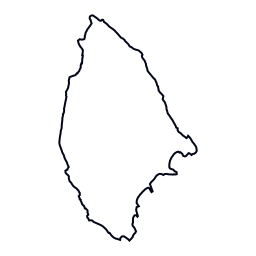 outline of La Digue, La Digue and Inner Islands, Seychelles
{"feature_id": "34574756B18865708954128", "entity_name": "La Digue", "entity_type": "district", "adm_level": 2, "iso_a3": "SYC", "parent_name": "Seychelles", "parent_adm1": "La Digue and Inner Islands", "projection": "robinson", "projection_center": [55.838, -4.36], "detail": "fine", "context": "isolated", "style": "outline", "palette": "ink", "viewbox_px": 256, "rotation_deg": 0, "n_neighbors": 0, "source": "geoboundaries", "source_scale": "gbopen_adm2", "svg_char_len": 4509}
<svg xmlns="http://www.w3.org/2000/svg" viewBox="0 0 256 256"><path d="M99.3,20.4L97.7,18.9L97.0,18.3L95.5,17.2L94.3,16.4L93.3,15.6L92.6,15.5L92.1,15.4L91.3,15.6L90.7,15.9L90.3,16.2L89.9,16.7L89.6,18.0L90.0,19.2L90.6,20.0L90.7,20.6L90.9,21.6L91.3,22.6L91.6,23.5L90.6,24.9L90.1,25.8L89.3,26.7L88.4,28.1L87.6,29.0L86.8,30.6L86.1,31.8L85.5,33.1L85.4,34.3L85.2,35.0L84.7,35.9L84.9,37.2L84.6,38.0L84.3,39.1L83.4,39.4L82.1,39.6L80.8,39.5L79.7,39.2L79.1,39.8L78.0,40.6L78.1,41.5L78.6,43.1L79.0,44.4L79.8,45.6L80.1,46.4L81.1,47.5L82.0,48.8L82.9,50.1L82.8,51.0L82.7,51.4L82.8,51.9L82.7,52.7L82.5,53.6L82.3,54.6L82.2,55.2L82.8,55.3L82.8,55.8L82.8,56.0L82.7,56.8L82.5,57.4L82.5,57.6L82.4,57.8L82.3,58.0L82.4,58.5L82.3,58.8L82.2,60.1L82.1,62.3L82.0,63.4L81.4,63.3L80.7,65.4L80.7,67.4L80.6,68.0L80.0,69.0L79.9,69.1L79.3,70.8L78.6,71.7L77.8,72.7L77.5,73.3L77.1,73.1L76.1,74.2L75.6,75.0L75.4,75.1L74.3,75.5L72.9,75.9L71.4,76.4L69.6,77.2L68.8,80.5L69.0,83.4L68.3,86.5L68.2,87.7L65.9,92.1L66.2,94.0L66.0,95.7L66.5,96.6L64.9,104.4L64.5,106.8L64.0,108.7L64.2,110.7L63.7,113.1L63.0,113.9L63.1,115.2L62.8,116.2L62.3,118.4L62.4,119.7L62.3,120.3L62.1,121.9L61.8,124.5L61.7,126.4L61.7,127.3L61.5,128.8L60.8,130.7L60.7,132.0L60.6,133.2L59.9,136.8L59.6,139.8L59.3,142.4L59.5,144.2L60.2,146.4L61.6,150.2L62.3,152.5L63.6,154.7L64.2,156.5L64.5,157.8L65.6,160.1L66.8,162.2L67.4,164.0L67.8,165.2L68.2,166.0L68.7,167.1L67.7,168.5L67.3,169.8L66.4,170.1L65.4,170.7L65.5,172.5L66.1,173.5L66.8,174.1L68.0,175.2L68.8,176.3L68.9,178.7L69.3,180.1L69.7,181.4L71.1,182.6L72.0,184.2L73.4,186.2L75.2,187.6L76.7,188.6L77.5,189.7L78.4,190.4L79.0,191.9L79.8,192.9L79.7,194.0L79.8,195.1L78.7,196.2L79.0,197.1L79.7,198.2L79.7,199.1L80.6,199.7L80.4,200.1L81.1,201.5L81.6,202.4L81.9,203.6L82.4,204.4L83.0,205.2L83.8,205.7L84.4,206.8L84.7,207.9L84.8,208.4L85.7,208.5L86.5,209.3L87.3,210.1L87.6,210.7L87.5,212.4L88.3,214.7L87.1,215.8L87.3,217.5L88.3,218.5L89.1,220.4L90.3,220.3L91.9,220.4L93.8,222.0L96.8,223.3L98.9,224.2L101.4,225.4L103.3,226.7L104.9,228.2L105.8,229.0L106.8,230.3L107.9,232.0L108.6,232.9L109.5,232.8L111.1,235.0L112.1,236.1L113.8,237.6L116.0,238.7L117.5,238.9L118.6,239.4L120.1,239.9L120.4,238.0L121.8,236.5L123.8,236.3L125.3,237.2L128.5,239.5L129.4,240.6L130.9,239.1L132.7,237.0L133.0,235.7L134.0,234.1L135.4,232.7L136.0,231.3L135.2,229.6L134.5,228.0L133.6,226.8L132.7,225.8L132.4,224.1L133.0,222.6L132.9,220.7L133.1,218.0L133.8,216.4L134.6,215.4L136.3,215.2L137.4,216.7L137.9,216.1L137.1,213.7L136.5,211.3L136.1,210.0L136.7,207.0L138.8,206.3L136.6,203.0L136.8,201.0L136.8,200.3L137.3,199.1L138.0,197.3L139.1,196.1L139.9,194.8L141.2,193.4L142.9,191.5L144.2,190.3L145.3,189.2L146.6,188.4L148.1,187.7L149.1,188.0L151.5,192.1L152.6,191.4L149.9,184.0L150.0,183.9L151.0,182.4L152.2,181.1L153.6,179.8L154.7,178.4L155.8,176.6L156.8,175.4L159.2,173.9L161.4,174.0L163.5,175.0L164.5,174.1L165.6,173.9L166.9,174.0L169.3,174.4L170.8,174.4L173.1,174.6L173.5,174.3L175.1,174.5L176.7,174.2L176.6,172.2L174.6,171.2L173.4,169.8L172.8,169.5L171.7,169.2L170.1,168.5L169.4,167.5L169.3,165.2L169.5,163.3L170.0,160.8L171.2,158.1L172.5,156.2L173.8,154.3L175.2,153.0L176.9,152.0L178.7,151.7L179.4,152.6L180.4,152.2L182.3,153.9L183.4,156.0L184.8,156.4L185.9,156.1L187.9,153.9L188.8,153.1L190.6,154.1L191.5,155.0L192.7,154.0L194.5,153.6L196.0,152.3L196.7,150.9L196.4,147.8L195.9,146.5L194.8,145.0L194.0,143.7L192.5,142.0L191.4,140.0L189.9,137.6L188.1,135.8L187.3,137.5L186.4,138.1L185.4,137.2L182.8,135.4L180.7,133.2L178.7,132.0L177.6,130.2L177.7,128.3L176.2,127.6L175.9,126.5L174.9,124.4L173.9,122.8L172.4,120.0L171.1,118.2L169.6,116.0L168.7,114.5L167.9,113.9L167.2,111.2L166.5,109.1L166.4,106.8L165.8,105.0L164.8,102.2L163.5,100.6L162.7,99.2L163.4,96.1L161.9,94.3L160.4,92.8L159.8,92.3L159.1,90.9L158.6,90.5L158.5,88.9L158.1,87.5L158.1,86.6L157.0,85.1L156.9,84.3L156.7,83.4L156.0,81.9L155.7,81.1L155.1,79.6L153.6,78.2L152.7,77.2L151.9,76.2L150.4,74.3L149.5,73.3L148.4,71.9L147.6,70.9L147.3,69.2L147.0,68.0L146.2,66.0L146.0,64.9L145.9,63.9L145.0,61.5L144.2,60.0L143.4,59.2L142.6,58.1L142.2,57.3L141.9,55.9L142.5,54.8L141.4,52.8L139.7,51.4L138.5,50.4L137.2,50.0L135.9,49.7L135.4,49.5L134.0,49.0L133.1,48.5L132.2,47.7L131.1,47.0L129.8,46.5L129.1,45.5L128.3,44.2L127.2,43.1L125.9,41.8L124.9,40.8L124.6,40.0L122.8,38.5L121.1,37.7L119.7,36.2L118.3,34.5L116.7,32.8L115.5,31.5L114.5,30.4L112.5,28.8L111.1,27.9L108.8,26.2L108.0,25.2L106.5,23.7L105.0,22.6L104.0,21.9L103.5,20.7L103.0,19.8L102.2,19.7L100.9,20.8L99.3,20.4Z" fill="none" stroke="#020617" stroke-width="2"/></svg>